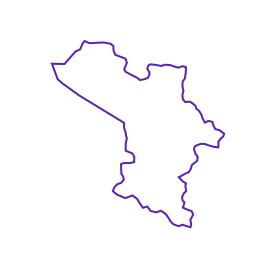 Jönköping, Jönköping, Sweden, rotated 289°
{"feature_id": "70781695B94890902843100", "entity_name": "Jönköping", "entity_type": "district", "adm_level": 2, "iso_a3": "SWE", "parent_name": "Sweden", "parent_adm1": "Jönköping", "projection": "mercator", "projection_center": [14.228, 57.89], "detail": "fine", "context": "isolated", "style": "outline", "palette": "violet", "viewbox_px": 256, "rotation_deg": 289, "n_neighbors": 0, "source": "geoboundaries", "source_scale": "gbopen_adm2", "svg_char_len": 1872}
<svg xmlns="http://www.w3.org/2000/svg" viewBox="0 0 256 256"><g transform="rotate(289 128 128)"><path d="M76.1,205.6L77.2,203.2L80.5,201.5L84.3,202.0L87.2,203.5L92.3,201.0L94.5,200.9L95.5,196.9L98.0,192.0L100.5,194.4L103.5,197.0L106.1,199.9L110.1,200.7L113.8,200.4L117.3,202.7L119.6,204.2L123.6,203.2L125.3,200.5L129.3,197.4L131.8,197.0L134.4,199.0L136.8,202.2L137.9,205.9L137.9,211.4L138.1,215.0L139.1,219.7L142.3,218.8L144.3,217.8L148.3,219.2L150.9,220.8L153.0,220.8L153.9,220.8L155.7,215.2L155.4,210.9L158.2,207.9L161.2,205.9L160.9,201.7L158.1,199.0L161.4,195.4L164.7,192.9L167.4,189.5L168.4,186.4L170.9,184.6L171.7,182.7L173.1,178.2L171.2,173.4L173.2,170.4L177.2,168.6L181.0,168.4L185.2,165.9L189.5,164.6L193.5,165.6L198.7,164.7L204.3,163.1L204.3,160.1L204.3,159.6L201.5,156.1L201.2,152.4L201.2,147.3L199.7,141.9L197.5,139.4L196.7,133.6L195.5,128.5L193.5,126.8L190.2,127.0L188.0,129.8L185.9,130.8L182.0,130.5L179.4,127.5L177.2,123.6L178.5,120.3L179.2,114.5L180.4,107.3L182.4,105.3L186.4,105.5L189.4,105.7L192.7,103.0L192.9,98.0L193.0,92.3L196.2,89.3L200.7,87.5L202.0,84.1L200.9,77.1L199.1,72.4L197.8,69.3L195.7,64.1L196.1,58.7L192.9,57.6L186.6,57.1L183.4,53.5L179.7,52.0L167.8,47.1L164.0,35.2L163.9,35.3L151.5,45.4L151.3,45.5L149.0,51.1L148.9,51.2L142.8,71.6L131.6,122.5L126.7,124.4L122.2,127.7L119.6,128.9L118.0,130.3L115.6,130.5L111.9,131.1L105.8,133.2L105.4,140.1L103.0,143.3L97.7,144.9L95.3,140.9L93.6,135.6L91.6,133.2L88.3,134.4L82.2,136.8L81.4,138.4L77.8,140.9L73.7,139.3L71.7,136.4L67.6,134.4L63.4,134.2L61.5,139.0L60.8,148.1L65.7,154.4L63.9,159.8L60.2,164.2L57.4,168.1L60.0,171.8L56.9,176.5L57.4,182.2L58.9,184.0L60.5,186.1L58.9,191.8L56.3,195.4L53.2,199.1L51.7,202.7L51.7,207.9L54.3,211.1L54.3,215.5L54.5,219.4L57.6,219.1L61.5,216.8L63.9,217.3L67.5,217.8L70.1,215.2L70.1,210.5L70.6,205.9L76.1,205.6Z" fill="none" stroke="#5b21b6" stroke-width="2"/></g></svg>